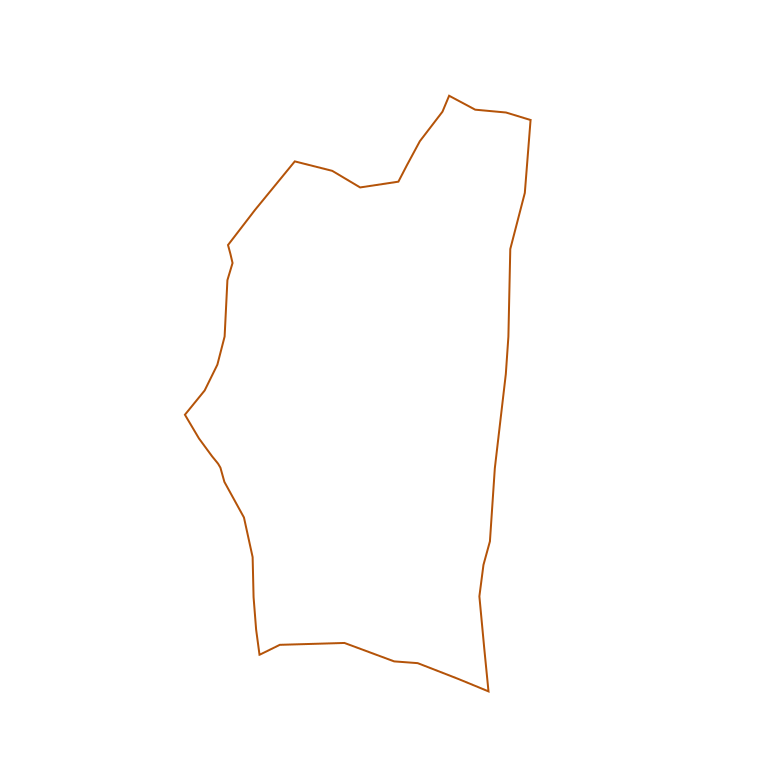 Abdi, Ouaddaï, Chad, rotated 107°
{"feature_id": "50815135B4539380481876", "entity_name": "Abdi", "entity_type": "district", "adm_level": 2, "iso_a3": "TCD", "parent_name": "Chad", "parent_adm1": "Ouaddaï", "projection": "albers", "projection_center": [21.197, 12.922], "detail": "fine", "context": "isolated", "style": "outline", "palette": "amber", "viewbox_px": 768, "rotation_deg": 107, "n_neighbors": 0, "source": "geoboundaries", "source_scale": "gbopen_adm2", "svg_char_len": 770}
<svg xmlns="http://www.w3.org/2000/svg" viewBox="0 0 768 768"><g transform="rotate(107 384 384)"><path d="M88.7,321.0L88.7,346.7L95.0,377.0L89.4,405.5L89.3,406.0L94.4,406.5L106.5,407.7L141.3,420.7L168.3,426.1L186.3,429.4L203.0,464.3L195.3,495.8L195.3,496.1L197.2,534.4L255.1,558.2L296.7,573.8L304.7,568.8L312.6,564.2L330.5,564.1L385.2,550.3L414.2,549.0L442.6,553.6L471.6,565.4L490.2,545.0L503.4,527.3L508.7,519.4L511.8,516.0L524.3,508.0L552.6,478.9L588.0,459.0L626.0,446.4L656.2,434.5L679.3,423.9L679.1,423.6L663.9,407.4L643.2,346.1L646.3,293.2L641.1,270.2L644.3,227.2L647.4,194.2L607.6,210.8L559.2,230.7L527.9,236.0L503.5,236.7L432.1,253.4L338.9,270.4L302.3,278.9L218.0,302.7L160.1,305.2L88.8,321.0L88.7,321.0Z" fill="none" stroke="#b45309" stroke-width="2"/></g></svg>